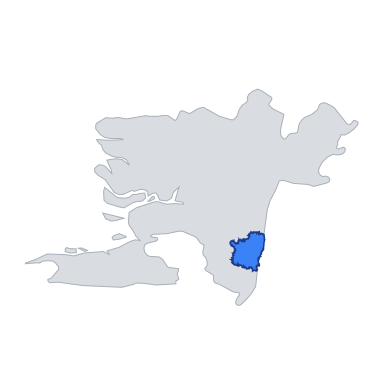 location of Sunamganj, Sylhet, Bangladesh, rotated 99°
{"feature_id": "16705992B61059366245275", "entity_name": "Sunamganj", "entity_type": "district", "adm_level": 2, "iso_a3": "BGD", "parent_name": "Bangladesh", "parent_adm1": "Sylhet", "projection": "mercator", "projection_center": [91.358, 24.888], "detail": "fine", "context": "in_parent", "style": "filled", "palette": "blue", "viewbox_px": 384, "rotation_deg": 99, "n_neighbors": 0, "source": "geoboundaries", "source_scale": "gbopen_adm2", "svg_char_len": 9453}
<svg xmlns="http://www.w3.org/2000/svg" viewBox="0 0 384 384"><g transform="rotate(99 192 192)"><path d="M130.0,277.4L130.0,267.9L123.7,249.1L124.0,247.0L122.7,238.0L121.1,232.9L120.3,227.6L124.1,219.9L122.5,218.6L114.2,216.2L113.2,214.2L115.0,206.6L108.9,199.4L106.5,194.0L113.0,176.6L114.6,164.5L114.1,162.1L110.2,159.4L103.2,158.3L98.3,156.0L95.4,152.6L92.9,151.2L89.9,152.2L86.1,150.9L82.8,147.5L80.1,143.3L81.2,138.8L86.3,128.0L88.2,127.7L92.6,129.7L94.2,129.7L97.1,125.5L101.1,113.3L115.3,114.3L118.7,114.0L122.2,113.0L124.1,111.4L125.2,109.5L124.8,107.8L120.5,105.5L118.8,103.8L117.6,98.9L116.3,97.1L107.8,96.8L103.4,94.6L100.9,92.6L96.6,85.9L91.3,81.0L86.1,79.8L84.2,78.2L83.1,75.6L83.7,72.0L86.3,64.9L100.4,49.6L100.7,47.9L100.2,45.9L96.1,43.5L95.8,42.3L96.9,39.1L99.3,38.7L104.1,41.6L109.1,46.3L112.0,50.5L112.1,53.8L116.0,54.5L119.2,56.0L122.5,55.5L124.7,56.3L126.1,56.0L126.6,54.1L123.9,49.3L125.2,47.3L128.4,47.4L130.8,49.2L132.5,52.9L132.8,58.7L136.6,63.9L141.6,67.6L145.5,69.3L150.2,70.5L154.2,69.3L156.3,65.7L155.4,62.5L156.0,59.5L157.6,57.9L160.1,58.0L162.0,60.3L167.5,72.8L166.4,78.3L167.6,93.3L166.2,103.2L167.1,107.0L168.0,107.7L176.3,109.5L188.3,113.5L197.4,114.9L238.9,113.9L247.9,115.8L275.6,114.3L283.1,117.5L291.3,122.6L295.9,126.4L296.8,128.6L296.3,130.4L294.7,131.5L291.9,131.5L285.4,129.0L284.3,129.8L284.2,135.7L278.9,150.5L278.2,155.0L276.3,156.8L270.9,157.8L267.2,166.4L265.7,167.4L262.2,165.6L259.9,165.9L257.1,166.7L254.3,168.6L252.4,171.1L250.2,171.9L242.5,171.8L241.0,175.8L235.9,181.0L232.4,194.8L232.7,199.0L237.0,210.0L240.0,224.2L241.1,225.6L242.6,225.8L242.6,219.3L244.0,218.4L245.8,219.2L249.5,227.9L251.5,230.2L254.7,230.8L258.4,229.5L261.1,226.9L262.2,224.1L261.3,214.5L263.0,210.6L269.3,204.8L270.2,203.0L269.8,193.4L272.2,193.1L275.3,193.9L279.4,191.6L280.6,191.5L282.3,194.0L285.2,193.6L289.4,212.6L289.8,226.0L290.8,233.5L292.3,235.1L297.1,246.3L301.5,285.4L302.0,310.1L303.9,318.5L302.3,320.4L300.8,320.7L299.4,317.8L289.3,311.5L286.8,312.2L283.3,315.8L281.9,319.2L282.5,323.9L283.6,328.6L286.0,331.3L286.2,334.2L288.9,345.3L288.2,345.3L282.7,335.3L275.9,325.4L273.7,307.6L273.6,298.8L269.0,288.4L264.7,270.3L266.6,263.9L263.4,266.7L258.3,255.8L250.4,245.1L248.1,240.4L248.0,235.8L244.5,240.4L239.9,243.7L235.1,248.6L232.0,250.0L222.0,250.9L216.2,244.4L208.0,228.4L206.9,224.7L208.0,215.3L206.0,206.3L205.4,198.4L203.9,199.1L203.4,201.3L203.7,204.6L203.1,207.4L189.2,205.6L195.1,210.3L201.5,211.4L204.8,215.6L205.0,222.6L198.7,226.9L199.3,230.4L202.9,234.7L198.5,235.9L197.3,238.8L197.2,242.8L200.3,248.9L199.8,251.4L205.0,259.4L206.0,263.3L204.7,268.7L193.4,279.7L190.1,287.5L187.3,291.2L183.8,291.9L179.6,288.2L179.5,284.4L180.4,281.4L186.3,274.1L183.1,275.0L173.9,281.1L172.1,276.2L171.0,271.7L170.9,266.1L175.4,257.8L170.4,261.9L169.0,267.1L169.6,273.2L168.9,277.5L167.0,283.1L164.3,286.5L160.0,288.7L158.0,292.0L155.1,294.4L154.1,283.1L151.0,267.8L150.3,271.1L151.9,280.6L151.8,286.8L149.5,291.6L144.7,296.9L141.1,297.6L138.9,296.8L132.1,288.9L131.5,281.5L130.0,277.4ZM213.9,277.6L205.4,279.4L201.1,278.9L209.1,265.1L208.9,258.9L207.6,253.9L203.5,249.9L203.3,247.0L201.5,243.0L200.5,238.4L205.1,236.9L208.7,239.6L210.0,244.8L211.9,248.7L218.3,256.8L218.1,261.8L216.4,273.9L213.9,277.6ZM232.0,273.1L226.8,276.8L228.5,255.0L232.3,263.1L233.3,267.4L232.0,273.1ZM251.7,262.2L249.4,263.8L247.3,262.4L244.6,257.3L246.0,250.8L246.8,249.9L250.0,256.5L251.7,262.2ZM270.7,308.0L267.8,308.2L266.4,306.7L267.1,304.5L266.3,297.5L270.0,296.8L271.4,302.7L270.7,308.0ZM267.5,288.4L265.3,295.3L264.5,292.2L266.0,286.1L267.5,288.4ZM207.3,231.7L208.1,233.9L203.4,231.0L202.1,228.9L204.3,227.8L207.3,231.7Z" fill="#d9dde1" stroke="#a8b0b8" stroke-width="1"/><path d="M256.2,140.8L256.4,139.7L256.1,139.6L256.0,139.9L255.9,139.9L255.9,139.6L256.8,139.4L256.6,139.1L256.6,138.7L256.3,138.6L256.5,138.6L256.7,138.2L257.0,138.2L257.0,138.4L257.3,138.4L257.4,138.2L257.2,138.1L257.3,137.9L256.7,137.2L257.0,136.8L257.3,136.8L257.4,136.5L257.5,136.3L257.5,136.2L257.2,136.2L257.2,135.8L256.9,135.6L256.2,135.7L256.3,135.3L256.1,135.1L255.5,135.2L255.9,134.8L256.1,135.0L256.4,134.7L256.9,134.8L257.4,134.8L257.2,134.6L257.5,134.5L257.3,134.3L257.4,133.8L257.2,133.8L257.1,133.6L256.6,133.6L256.6,133.2L256.8,133.3L256.6,132.9L256.6,132.3L256.6,132.5L256.7,132.4L256.8,132.8L256.9,132.7L256.9,132.2L256.7,131.8L256.6,131.6L256.9,131.2L257.4,131.0L257.4,130.3L257.8,130.4L257.8,130.8L258.3,130.8L258.4,130.5L258.5,130.5L258.6,130.4L258.4,130.0L258.2,130.1L257.9,129.9L257.8,129.6L257.8,129.3L257.5,129.3L257.8,129.1L258.2,129.1L258.1,128.9L258.4,128.7L257.7,128.5L258.3,128.4L258.4,128.1L258.2,127.9L257.9,127.9L258.2,127.7L258.3,127.2L258.1,127.0L258.2,126.7L258.7,126.7L258.8,126.5L259.1,126.5L259.3,126.3L258.9,126.1L259.2,125.3L259.2,125.1L258.6,124.7L258.8,124.7L258.8,124.4L257.4,123.9L257.0,123.5L257.1,123.4L258.1,123.7L258.5,123.5L258.1,123.3L257.6,122.7L257.1,122.4L257.1,122.2L257.7,122.1L257.7,121.8L257.3,121.3L258.0,121.2L257.8,120.7L258.0,120.3L258.7,120.2L259.1,119.8L259.5,120.0L260.3,119.9L260.0,119.7L260.3,119.3L259.7,118.9L259.5,118.4L259.6,118.2L259.5,117.9L259.8,117.6L259.6,117.7L259.6,117.4L259.9,117.0L260.0,116.5L259.6,116.5L259.6,116.1L259.3,116.1L259.3,115.5L258.7,115.3L258.6,115.6L258.4,115.6L258.2,116.0L257.7,116.2L257.1,116.0L256.9,116.2L256.9,116.5L256.7,116.6L256.6,116.3L256.3,116.4L256.3,116.6L256.0,116.6L255.8,116.8L255.1,116.7L254.9,116.5L254.8,115.7L254.5,115.6L254.4,115.8L254.3,115.6L254.0,115.9L253.8,115.6L253.8,115.3L254.0,114.9L253.8,114.8L254.0,114.4L254.5,114.3L254.5,114.0L254.2,113.9L254.0,114.1L252.7,114.2L252.4,114.5L252.6,114.8L252.0,114.8L251.8,115.1L251.7,115.4L250.2,115.7L249.4,115.5L249.0,115.7L248.9,116.1L248.5,116.0L248.4,116.2L248.1,116.0L247.9,116.1L247.5,116.2L247.2,116.2L247.5,115.9L247.3,115.7L247.4,115.3L246.8,115.4L246.6,115.2L246.5,115.4L246.0,115.4L245.7,115.0L245.3,115.0L244.8,114.2L244.6,114.6L244.4,114.5L244.0,114.6L243.3,114.3L242.9,114.4L242.5,114.2L242.3,113.8L241.8,114.2L241.7,114.0L241.0,114.1L240.8,113.9L240.5,114.0L240.4,113.7L240.1,113.5L239.4,113.6L238.6,113.5L238.8,113.0L238.1,112.7L237.7,112.3L237.3,112.4L237.3,112.6L236.9,112.7L236.8,112.9L236.7,112.8L236.1,112.8L236.1,112.7L235.8,112.8L235.5,112.7L234.1,112.6L232.6,112.9L232.4,112.8L230.7,113.0L228.0,112.8L228.1,113.0L227.9,113.1L227.3,113.1L226.1,113.5L225.6,113.4L225.6,113.5L222.9,114.2L222.8,114.4L223.2,114.8L223.0,115.2L222.9,115.1L222.6,115.4L222.3,115.4L222.2,116.0L222.4,116.1L222.3,116.3L222.5,116.4L222.5,117.0L222.1,117.3L222.7,118.0L223.2,118.3L223.3,118.4L223.1,118.6L223.2,119.1L223.4,119.4L223.2,119.6L222.8,119.5L222.5,119.6L221.9,119.0L221.1,119.2L221.4,119.4L221.5,119.9L221.2,120.0L221.3,120.1L221.2,120.3L221.4,121.0L222.3,121.0L223.0,121.5L222.6,121.7L222.3,121.6L221.6,121.9L221.4,122.3L221.6,122.9L221.8,123.2L222.1,123.1L222.1,123.7L221.9,123.8L221.8,124.1L222.0,124.3L221.9,124.7L222.1,124.7L222.1,124.9L222.7,124.9L223.1,125.4L223.3,125.6L223.2,126.2L223.0,126.3L222.9,126.5L222.2,126.6L222.2,126.8L222.5,126.6L222.6,127.4L222.4,127.7L222.9,128.1L223.2,127.8L223.3,128.0L223.3,127.9L223.7,127.8L224.3,128.0L224.5,128.3L224.6,129.2L224.9,129.1L225.4,128.8L225.4,129.1L225.6,129.3L225.4,129.3L225.5,129.5L225.9,129.4L226.1,129.7L226.2,129.2L226.6,128.7L226.8,128.3L227.0,128.6L227.3,128.6L227.6,128.6L227.9,128.6L227.9,128.8L228.5,128.8L228.7,129.2L228.9,129.1L229.0,129.4L229.4,129.3L229.4,129.6L229.6,129.6L229.9,130.3L229.8,130.5L229.7,130.4L229.7,130.7L229.9,130.9L230.2,131.6L230.5,131.6L231.0,131.9L230.5,132.1L230.1,133.2L230.3,133.8L231.0,134.2L231.0,134.5L231.7,134.4L231.6,134.1L231.9,133.6L232.1,133.6L231.9,133.1L231.6,132.7L232.1,132.1L232.4,132.3L232.6,132.3L232.6,132.5L232.9,132.7L233.0,133.6L232.6,134.0L232.4,134.5L232.8,134.6L233.0,135.2L232.7,135.2L232.7,135.5L232.4,135.7L232.3,136.0L232.0,135.9L231.2,136.4L231.4,136.6L231.9,136.5L232.0,136.9L232.3,136.8L232.4,137.2L232.2,137.3L232.0,136.9L231.8,137.0L231.7,137.2L232.0,137.6L232.0,137.8L231.5,138.2L232.4,138.1L232.4,138.5L232.6,138.6L232.9,138.1L233.4,138.2L234.2,138.9L234.4,138.7L234.7,139.0L234.7,138.7L235.0,138.8L235.4,138.4L235.4,138.0L235.6,138.0L235.8,138.2L235.7,139.1L235.3,139.3L235.9,139.8L236.3,139.9L236.4,140.5L236.2,140.8L235.5,140.8L235.5,141.1L236.0,141.3L235.8,141.9L235.6,142.1L235.4,142.1L234.8,142.0L234.6,143.1L234.2,143.0L234.1,143.4L233.3,143.2L233.4,143.5L233.3,143.9L234.4,144.3L234.4,144.7L234.6,145.1L234.2,145.4L234.3,145.5L234.7,145.5L234.7,146.0L235.6,146.1L236.0,146.5L237.5,145.9L237.5,145.2L237.9,144.5L237.9,144.9L238.4,145.0L238.9,145.0L239.6,142.8L239.4,142.3L239.5,141.9L239.8,142.3L241.1,141.3L241.3,140.9L241.4,141.2L241.7,141.2L242.1,140.6L241.6,140.2L241.8,140.0L242.7,140.0L243.1,139.7L243.7,140.1L243.4,140.4L243.6,140.6L243.6,140.8L244.0,140.7L244.0,140.9L244.1,141.0L244.5,140.8L244.7,141.0L244.9,140.5L245.5,140.4L245.3,141.1L245.5,141.1L245.6,140.9L245.9,141.1L245.9,141.5L246.1,141.7L246.1,142.1L246.4,141.8L246.4,141.3L246.8,141.2L247.1,141.3L247.2,141.7L247.8,141.1L248.1,141.4L248.2,141.0L248.6,141.4L248.7,141.1L249.6,141.4L250.0,141.4L250.2,141.8L250.3,141.5L250.7,141.7L250.7,142.2L251.1,141.9L251.4,141.2L251.7,141.7L251.8,141.3L252.5,141.9L252.6,142.4L252.7,142.1L252.7,141.7L252.2,141.4L252.8,140.8L253.0,141.0L253.0,141.5L253.3,141.7L253.3,141.4L253.4,141.2L253.8,141.0L254.4,141.1L254.5,140.8L255.1,141.8L255.3,141.7L255.3,140.9L255.6,140.8L256.2,140.8Z" fill="#3b82f6" stroke="#1e3a8a" stroke-width="1.5"/></g></svg>